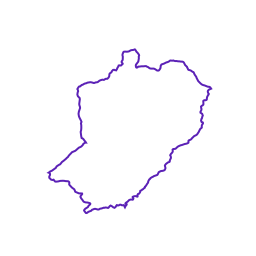 Pueblo Rico, Risaralda, Colombia, rotated 247°
{"feature_id": "7082276B22807037286061", "entity_name": "Pueblo Rico", "entity_type": "district", "adm_level": 2, "iso_a3": "COL", "parent_name": "Colombia", "parent_adm1": "Risaralda", "projection": "natural_earth1", "projection_center": [-76.101, 5.29], "detail": "fine", "context": "isolated", "style": "outline", "palette": "violet", "viewbox_px": 256, "rotation_deg": 247, "n_neighbors": 0, "source": "geoboundaries", "source_scale": "gbopen_adm2", "svg_char_len": 5747}
<svg xmlns="http://www.w3.org/2000/svg" viewBox="0 0 256 256"><g transform="rotate(247 128 128)"><path d="M197.7,165.0L197.8,163.3L198.2,162.1L198.4,161.2L198.4,160.5L198.2,159.2L198.2,158.5L198.6,156.9L198.9,156.3L199.4,155.3L199.8,154.2L199.8,153.9L199.6,153.3L197.9,151.7L197.0,151.3L195.7,151.1L193.3,150.0L192.7,149.6L192.4,149.2L191.8,148.3L191.3,147.9L190.4,147.9L189.5,148.3L188.9,147.9L188.5,146.4L188.3,146.1L188.5,145.4L189.0,144.6L189.2,143.8L188.3,143.0L187.7,142.0L186.5,140.8L186.1,140.0L185.7,139.7L186.3,138.6L187.0,138.0L187.3,137.0L187.2,136.7L186.5,135.2L186.0,134.8L185.8,134.5L185.6,133.9L185.4,132.7L185.0,132.1L184.8,131.9L183.9,131.5L182.7,130.7L182.0,129.7L181.5,128.6L181.4,128.1L181.8,127.3L182.0,126.5L181.7,124.6L182.5,123.3L182.7,121.6L182.7,120.2L182.1,118.1L182.2,117.3L182.6,116.1L182.6,114.7L182.9,113.9L184.1,112.5L184.9,111.2L185.6,108.3L185.5,107.2L185.8,105.5L185.7,104.2L185.5,103.1L185.7,102.3L185.4,101.3L185.0,100.3L185.3,99.4L185.1,98.7L183.8,96.8L183.6,96.6L182.7,96.7L181.5,96.5L181.1,96.3L180.6,95.7L178.7,94.5L178.2,94.4L176.8,94.3L174.5,95.2L173.3,94.9L169.2,92.5L168.2,92.2L166.1,92.0L165.1,91.7L162.3,89.2L160.4,88.0L157.9,87.4L156.2,87.4L153.4,87.6L151.8,87.6L150.7,86.5L148.9,86.1L146.2,85.0L144.3,84.0L142.9,82.9L138.6,81.7L136.8,81.4L136.2,82.1L135.2,82.6L133.0,83.1L131.8,83.5L131.0,83.6L131.2,83.2L131.2,82.6L131.0,81.6L130.9,80.8L130.0,79.7L129.3,78.0L129.1,77.1L129.1,75.1L128.3,72.7L127.9,71.6L127.6,70.4L127.6,67.0L126.9,65.5L126.5,64.5L125.7,62.7L124.8,61.4L124.4,60.0L123.9,58.9L123.0,56.0L122.5,53.9L121.1,51.4L121.1,50.5L120.8,48.5L120.5,47.2L119.5,46.0L119.2,44.7L118.4,41.2L118.4,39.5L118.1,38.6L117.9,37.5L117.5,37.9L117.0,38.2L116.3,38.3L115.7,38.1L115.2,37.8L114.0,36.5L112.9,36.1L112.4,36.3L111.7,36.6L110.7,36.9L109.9,37.8L109.6,38.3L109.5,39.3L107.7,39.8L107.1,40.1L106.7,40.9L106.1,42.9L105.8,44.9L104.9,47.4L104.3,48.6L103.5,49.8L102.4,52.0L102.0,52.4L101.2,52.7L100.8,52.7L100.2,52.4L98.9,51.8L98.4,51.9L95.1,53.1L92.5,54.6L90.7,54.6L90.1,54.5L89.6,54.8L87.0,57.3L85.9,59.7L85.7,60.1L85.3,60.1L85.1,60.0L84.0,58.1L83.7,57.6L83.2,57.3L81.6,57.4L79.8,57.9L77.8,58.3L77.1,58.7L76.4,59.5L75.9,60.2L75.4,61.3L74.7,62.3L73.9,63.3L73.4,63.7L72.9,63.7L72.5,63.3L71.8,61.3L71.3,60.7L70.9,60.2L70.6,58.6L70.5,57.9L70.4,57.2L69.9,56.1L69.4,55.4L68.6,55.4L66.3,56.0L66.0,56.4L65.9,57.5L66.1,57.9L66.3,58.8L66.2,61.9L66.6,62.5L66.8,63.0L66.7,63.5L66.7,65.2L66.5,66.0L66.3,66.4L64.7,68.4L64.5,69.0L64.4,69.4L64.6,70.3L64.6,70.9L64.3,72.0L64.2,72.9L64.1,74.6L63.7,75.3L63.7,75.9L63.6,76.3L62.8,77.7L62.3,78.2L62.2,78.6L62.2,78.8L62.4,79.2L63.2,80.7L63.4,81.7L62.0,82.8L60.8,83.4L59.8,84.4L60.1,85.6L61.1,87.0L61.4,87.6L61.2,87.9L60.7,88.2L60.5,88.7L60.4,89.6L60.6,90.3L60.3,91.3L59.9,91.7L59.6,91.8L59.1,92.4L58.9,93.1L58.8,93.7L58.7,93.9L58.0,94.2L57.1,94.1L56.2,94.2L57.1,95.2L57.8,96.6L58.3,97.0L58.6,97.0L58.9,96.4L59.3,96.1L59.5,96.1L59.7,96.3L60.0,97.0L60.4,99.0L61.2,100.8L61.2,101.8L61.0,102.9L60.7,103.4L60.2,104.2L60.2,104.6L60.5,105.0L61.0,105.4L62.4,105.2L62.7,105.3L62.8,105.5L62.8,106.7L62.6,107.6L62.4,108.2L62.0,108.9L61.2,109.6L61.2,110.0L61.6,110.3L62.6,110.5L63.3,111.3L63.2,112.4L64.0,113.8L64.4,114.2L65.1,114.5L65.4,114.8L65.4,116.2L65.8,117.1L65.8,118.0L66.3,119.1L66.4,120.0L66.6,120.3L67.3,120.6L67.8,122.0L68.5,122.9L69.3,124.1L69.8,125.0L70.1,125.3L70.9,125.7L72.0,127.0L72.2,127.5L72.5,127.8L72.5,128.3L73.1,129.2L73.4,131.3L73.4,132.4L73.6,133.0L73.4,135.6L73.4,136.7L73.6,137.1L75.3,139.0L75.4,139.5L75.5,141.6L75.0,143.2L74.9,144.2L74.9,144.8L75.1,145.5L76.1,146.6L76.7,146.9L78.8,147.2L79.2,147.4L80.0,148.7L80.3,149.7L80.7,151.4L80.6,152.9L80.8,153.3L81.4,153.5L82.6,154.6L83.2,155.4L83.8,155.9L85.3,156.3L86.5,156.2L87.5,157.6L87.8,158.5L88.3,159.3L88.6,159.8L89.3,160.2L90.7,160.6L90.9,161.1L90.9,161.6L90.4,163.2L90.4,163.9L91.2,166.0L91.4,166.7L91.5,167.8L91.5,169.9L91.3,170.7L91.1,174.1L90.9,174.8L90.7,176.2L90.7,176.9L90.8,177.7L91.5,178.3L92.2,178.4L92.7,178.8L92.9,179.4L92.8,181.1L93.2,182.3L93.6,182.9L94.0,184.0L94.7,185.7L94.8,187.9L95.1,189.1L96.9,191.8L97.6,192.5L98.2,193.3L98.6,193.6L98.8,194.1L99.1,194.6L99.3,195.6L99.6,196.1L100.9,196.6L101.7,197.1L102.4,197.9L102.6,198.4L102.8,198.7L103.3,199.0L103.8,199.0L104.1,198.9L104.7,198.1L106.2,198.1L106.9,198.6L107.7,199.2L107.9,199.7L109.5,200.9L110.2,201.7L112.1,201.8L113.8,200.7L114.7,201.1L115.6,202.3L116.8,203.1L117.5,203.1L119.2,203.6L119.6,204.5L119.7,205.6L120.1,206.5L121.1,207.0L123.4,207.8L123.7,208.6L123.7,209.3L123.3,210.0L123.2,211.0L123.4,211.6L124.7,212.3L125.7,213.0L127.1,214.7L127.3,215.3L127.9,215.7L128.4,215.5L129.3,215.5L130.2,215.6L130.9,216.0L131.2,216.4L131.7,217.6L131.7,219.9L133.2,219.6L134.0,219.1L134.9,217.5L137.4,215.0L137.8,214.4L138.4,213.7L139.3,212.9L140.7,212.2L143.7,211.0L147.2,210.7L148.5,210.8L151.2,210.2L153.1,210.2L153.8,210.1L154.6,209.3L156.2,208.4L157.0,207.6L157.9,206.4L158.8,206.2L160.0,206.2L161.0,206.1L161.3,206.2L163.6,205.2L166.4,205.0L167.1,204.7L167.7,204.2L168.6,202.4L169.3,201.3L169.9,200.0L170.7,198.8L171.2,197.6L171.9,196.6L172.5,196.0L172.6,195.3L172.9,194.6L173.5,193.6L173.6,193.0L173.3,192.0L173.2,190.9L173.2,190.0L173.4,189.0L173.2,186.3L173.4,183.7L172.6,182.5L171.5,181.9L170.4,181.2L169.7,180.3L169.0,179.1L169.0,178.3L169.5,177.3L171.3,176.1L172.1,175.5L172.6,174.9L173.6,172.6L174.2,171.6L174.9,171.0L175.5,170.7L176.3,170.2L177.3,169.2L177.9,168.8L178.2,168.1L178.9,165.9L179.4,164.9L180.2,162.1L180.5,161.4L180.5,161.2L180.1,160.5L180.1,159.9L180.3,159.4L180.8,159.2L181.9,159.4L182.5,159.6L183.2,160.1L185.1,163.4L187.7,165.1L189.0,165.6L189.7,165.9L190.4,166.6L191.2,166.7L191.8,166.6L193.8,166.1L194.6,165.7L195.4,165.5L196.6,165.4L197.7,165.0Z" fill="none" stroke="#5b21b6" stroke-width="2"/></g></svg>